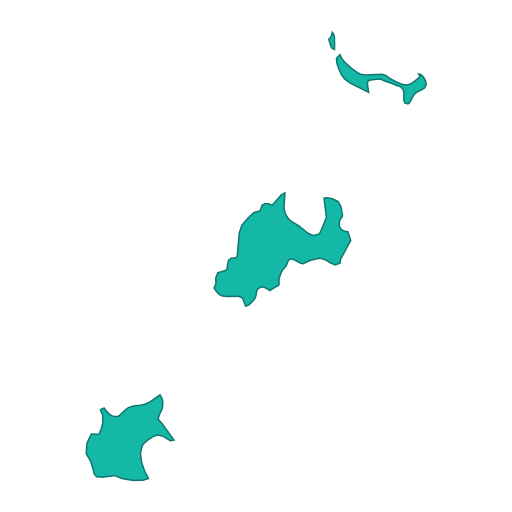 map outline of Îles Loyauté (Mercator projection), rotated 89°
{"feature_id": "NCL-1258", "entity_name": "Îles Loyauté", "entity_type": "Province", "adm_level": 1, "iso_a3": "NCL", "parent_name": "New Caledonia", "parent_adm1": "", "projection": "mercator", "projection_center": [167.211, -21.021], "detail": "fine", "context": "isolated", "style": "filled", "palette": "teal", "viewbox_px": 512, "rotation_deg": 89, "n_neighbors": 0, "source": "natural_earth", "source_scale": "10m", "svg_char_len": 2639}
<svg xmlns="http://www.w3.org/2000/svg" viewBox="0 0 512 512"><g transform="rotate(89 256 256)"><path d="M297.8,257.5L301.0,259.9L304.7,263.8L306.0,267.2L297.7,270.3L296.0,274.1L296.0,284.5L295.5,290.0L293.9,293.4L291.1,295.9L287.3,298.5L283.0,296.6L277.2,296.6L272.1,294.5L269.9,286.4L268.0,285.1L263.9,284.5L259.7,283.5L257.8,280.8L257.4,276.3L256.0,274.8L232.8,272.3L225.3,269.8L218.6,264.0L212.6,257.5L212.0,255.6L211.6,253.1L210.6,251.0L205.2,248.9L203.8,246.2L203.9,242.6L205.6,239.0L195.4,229.7L193.4,226.0L209.0,227.2L214.2,226.0L219.0,223.2L222.0,220.1L226.5,212.8L234.1,203.7L236.6,198.4L235.1,192.4L232.0,190.6L218.6,184.9L199.4,187.0L198.9,184.4L200.1,178.6L203.1,172.9L208.2,170.2L216.8,168.8L218.6,169.3L220.4,170.9L222.2,171.7L224.4,172.1L227.3,172.1L229.8,171.3L231.7,169.2L233.0,166.5L233.4,163.7L242.1,161.0L261.1,171.7L264.6,172.1L266.3,176.9L264.3,181.6L261.2,186.3L259.5,191.4L259.7,194.7L261.3,201.7L264.6,209.1L263.6,212.5L260.3,218.0L259.5,221.2L260.3,223.3L262.3,224.3L264.9,225.3L267.3,226.8L269.9,229.2L272.1,230.8L278.6,233.2L281.6,233.5L284.1,233.4L285.9,234.1L287.3,237.1L288.2,238.4L289.7,241.2L290.9,242.4L288.0,247.2L287.1,249.8L287.3,252.1L289.4,255.2L292.1,256.2L295.0,256.6L297.8,257.5ZM476.6,367.4L478.3,373.1L478.2,382.9L476.3,393.4L473.1,401.1L474.5,413.6L473.9,419.3L470.7,421.7L467.6,422.2L458.0,425.0L450.7,429.2L439.9,428.2L431.1,423.7L431.6,416.1L426.2,413.7L419.6,412.0L412.8,412.0L407.1,414.2L406.5,413.4L406.0,412.5L405.7,411.5L405.4,410.4L408.1,408.5L411.3,405.8L413.7,402.1L414.2,397.3L412.9,395.1L407.2,388.9L405.4,386.2L403.9,381.3L403.2,374.0L402.1,369.4L400.2,364.9L393.2,354.4L396.8,352.5L400.1,351.7L403.4,351.9L407.1,352.5L413.6,355.6L417.6,356.7L422.0,352.8L438.6,341.2L439.3,344.8L434.6,352.0L433.3,357.2L434.6,361.8L437.6,366.7L441.0,370.9L443.7,373.1L451.5,375.0L460.6,373.9L469.4,371.0L476.6,367.4ZM96.2,94.1L99.0,96.2L105.3,99.7L106.6,101.5L105.5,104.5L102.7,105.5L95.2,105.2L92.0,106.1L89.6,108.2L88.2,110.9L87.7,113.6L87.0,114.3L83.1,124.7L81.5,127.8L81.3,131.9L82.2,139.5L83.6,141.4L87.0,141.5L94.3,140.5L84.6,159.1L80.4,164.5L76.5,167.2L70.8,169.8L64.8,171.7L59.8,172.1L57.8,170.2L56.2,168.4L60.1,166.8L63.6,164.1L70.0,157.3L74.3,151.5L76.2,148.1L76.9,143.2L76.5,126.7L77.8,122.9L80.8,119.0L83.9,113.7L86.5,108.1L87.7,103.1L86.6,98.0L81.7,91.3L79.5,88.9L78.4,89.3L76.9,90.2L77.5,87.8L80.3,85.2L84.1,83.4L87.7,82.8L90.8,84.4L92.7,87.5L94.3,91.0L96.2,94.1ZM42.4,173.9L44.4,173.7L50.9,173.9L49.6,176.4L47.1,177.6L40.6,179.5L39.2,178.1L37.9,177.1L36.2,176.4L33.7,175.8L35.6,174.5L37.6,173.9L39.9,173.7L42.4,173.9Z" fill="#14b8a6" stroke="#0f766e" stroke-width="1.5"/></g></svg>